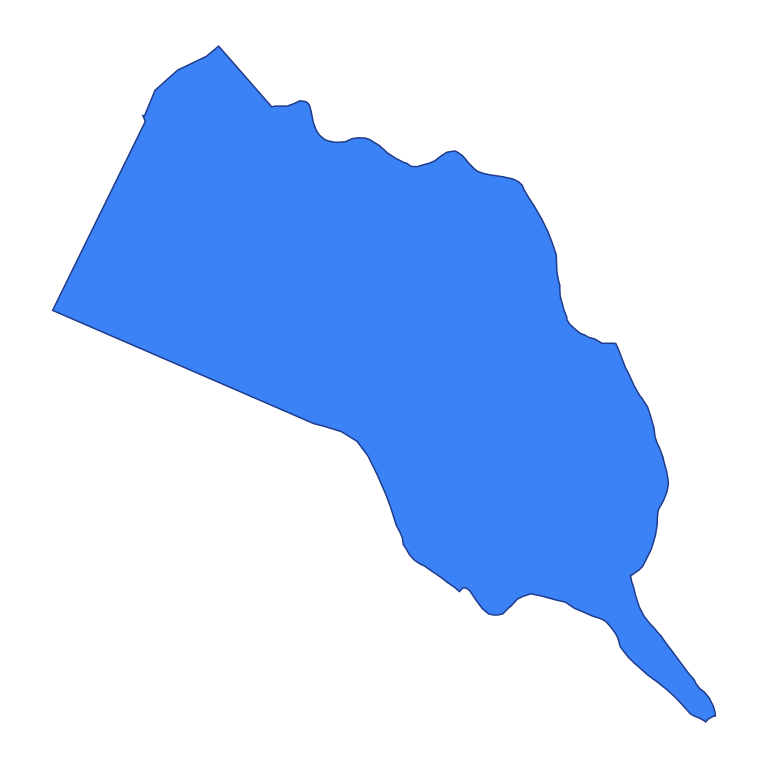 outline of Bara Bara, Dennery, Saint Lucia
{"feature_id": "8701671B88887342435419", "entity_name": "Bara Bara", "entity_type": "district", "adm_level": 2, "iso_a3": "LCA", "parent_name": "Saint Lucia", "parent_adm1": "Dennery", "projection": "equal_earth", "projection_center": [-60.931, 13.959], "detail": "fine", "context": "isolated", "style": "filled", "palette": "blue", "viewbox_px": 768, "rotation_deg": 0, "n_neighbors": 0, "source": "geoboundaries", "source_scale": "gbopen_adm2", "svg_char_len": 3725}
<svg xmlns="http://www.w3.org/2000/svg" viewBox="0 0 768 768"><path d="M311.5,113.4L311.1,111.1L310.2,107.8L309.5,105.3L307.1,102.4L305.5,101.7L304.8,101.4L301.2,101.0L299.9,100.8L295.7,102.8L293.6,103.8L292.6,104.1L287.1,106.1L282.6,106.1L274.9,106.1L271.8,106.9L246.6,78.1L218.6,46.1L216.5,47.9L206.3,56.4L177.8,70.0L155.1,90.2L144.4,116.0L142.9,115.6L145.3,121.5L52.6,310.4L202.8,375.5L313.7,423.6L320.7,425.4L325.8,426.8L341.4,431.7L350.1,437.0L357.1,441.4L367.9,455.9L374.9,470.0L377.5,475.4L386.0,494.8L387.9,500.0L390.8,507.8L396.3,525.3L400.2,532.7L402.2,537.5L402.4,538.5L403.4,544.9L406.1,548.7L409.3,554.5L414.0,559.8L419.2,563.5L424.7,566.2L429.0,569.2L433.0,572.0L437.3,574.9L440.9,577.3L447.6,582.6L453.8,586.8L454.7,587.4L455.8,588.4L459.4,591.6L460.1,590.9L462.9,587.9L465.3,587.9L466.0,588.2L467.7,589.0L469.6,590.7L470.0,591.1L473.2,595.9L476.4,600.7L479.4,604.7L482.3,608.6L488.6,613.9L491.3,614.5L493.3,615.0L498.1,615.0L500.0,614.5L502.8,613.9L507.9,608.6L510.5,606.4L511.1,606.0L517.4,599.1L522.9,596.4L530.8,593.8L541.0,595.9L553.5,599.3L554.5,599.6L565.5,602.2L571.8,606.5L575.0,608.6L579.0,610.2L581.7,611.3L592.3,616.0L599.4,618.2L605.0,620.8L608.1,624.0L611.7,628.2L614.7,632.4L615.2,633.0L618.0,638.3L618.8,641.4L620.3,646.8L623.6,651.2L624.3,652.1L625.4,653.5L629.0,658.0L633.8,662.6L634.5,663.3L638.1,666.4L647.6,674.9L657.8,682.4L667.7,690.3L668.2,690.8L675.6,697.7L684.6,707.3L687.5,710.6L690.2,713.7L693.7,715.8L695.9,716.7L700.0,718.4L704.0,720.6L704.4,720.9L705.7,721.9L708.0,719.2L713.5,716.2L715.4,716.0L715.0,712.0L713.8,708.0L713.2,705.9L708.9,697.5L704.2,691.9L699.7,688.5L695.9,683.5L694.9,681.3L694.0,679.5L692.0,677.2L688.9,673.7L688.0,672.6L680.0,661.8L673.3,652.8L672.6,651.8L667.8,645.5L664.1,640.4L663.7,639.9L661.2,636.0L658.0,632.8L657.4,632.0L654.1,628.0L649.8,623.5L645.2,617.6L643.9,615.9L642.5,613.2L639.6,607.7L638.4,604.3L637.0,600.0L635.9,596.3L635.4,595.0L635.2,594.0L633.5,586.8L631.7,581.8L631.6,581.1L630.5,575.5L632.1,574.9L639.2,569.9L640.3,568.7L642.9,566.0L647.6,556.7L648.0,555.9L651.2,549.3L653.3,542.7L655.5,535.1L656.7,527.8L657.2,524.5L657.3,520.7L657.4,517.1L658.0,511.6L658.3,510.6L658.8,508.9L662.1,503.2L663.3,501.0L666.9,492.0L668.4,483.8L667.8,478.0L666.5,470.9L664.7,464.5L663.9,461.6L662.9,457.1L660.2,449.9L659.4,447.6L657.2,443.4L655.1,437.1L654.6,433.2L653.9,427.6L650.6,416.2L647.6,407.0L642.1,398.5L641.1,397.2L639.6,395.3L636.2,389.5L633.9,385.3L629.4,375.3L626.9,370.4L625.2,367.1L621.7,357.8L618.0,348.3L617.1,346.3L615.8,343.6L614.6,343.3L602.1,343.3L599.9,342.0L595.1,339.2L594.4,338.8L593.0,338.5L588.3,337.2L585.0,335.1L582.3,334.1L580.3,333.3L575.9,329.8L574.7,328.7L570.1,324.6L567.6,320.9L566.9,319.4L566.7,316.9L564.3,310.8L563.8,309.5L562.4,304.0L561.8,301.8L560.2,296.0L559.8,288.6L559.8,285.2L559.1,282.8L558.5,280.4L556.9,272.0L556.5,261.2L556.3,256.9L556.2,255.0L556.1,254.3L552.2,242.7L548.1,232.1L542.2,220.0L540.0,216.1L534.3,206.2L529.5,198.8L528.8,197.8L524.2,190.0L522.3,185.4L518.8,181.9L513.1,179.0L502.5,176.7L501.8,176.6L489.6,174.8L483.7,173.5L477.6,171.4L476.0,170.1L474.2,168.7L468.3,162.7L467.1,161.1L465.4,159.0L462.3,155.5L459.4,153.5L457.1,152.0L455.0,151.0L452.1,151.4L449.5,151.8L448.1,152.1L446.5,152.4L443.4,154.5L441.0,156.0L437.4,158.8L434.8,160.8L430.7,162.6L429.3,163.2L427.0,163.8L422.6,165.0L420.2,165.8L417.7,166.6L413.4,166.6L410.6,166.1L407.1,163.4L406.2,163.2L403.7,162.4L395.5,158.2L387.4,152.9L379.6,145.7L372.5,141.3L369.4,139.4L365.3,138.1L362.7,138.1L362.0,138.0L358.4,137.8L352.3,138.6L350.2,139.6L345.2,141.8L338.7,142.3L337.9,142.3L333.6,142.1L330.7,141.4L328.5,141.0L325.0,139.7L319.7,135.4L316.6,131.0L313.4,122.8L311.5,113.4Z" fill="#3b82f6" stroke="#1e3a8a" stroke-width="1.5"/></svg>